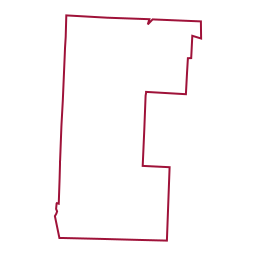 Bennington, Vermont, United States of America (Natural Earth projection)
{"feature_id": "52423323B50806890780295", "entity_name": "Bennington", "entity_type": "district", "adm_level": 2, "iso_a3": "USA", "parent_name": "United States of America", "parent_adm1": "Vermont", "projection": "natural_earth1", "projection_center": [-73.109, 43.027], "detail": "fine", "context": "isolated", "style": "outline", "palette": "rose", "viewbox_px": 256, "rotation_deg": 0, "n_neighbors": 0, "source": "geoboundaries", "source_scale": "gbopen_adm2", "svg_char_len": 659}
<svg xmlns="http://www.w3.org/2000/svg" viewBox="0 0 256 256"><path d="M138.1,239.9L166.9,240.6L167.3,229.5L168.2,205.1L169.6,167.2L142.7,165.9L144.3,129.5L145.6,95.7L146.1,92.7L146.1,91.9L185.9,94.2L187.0,73.4L187.9,58.2L191.2,58.1L192.3,35.8L201.1,38.5L200.9,21.4L186.1,20.8L152.6,19.4L147.8,24.4L149.4,19.2L107.1,17.7L66.3,15.4L65.7,37.0L65.0,48.3L65.0,48.5L64.8,53.6L62.8,100.8L62.6,104.4L61.5,124.4L61.4,126.5L60.1,160.6L60.0,161.0L60.0,161.8L60.0,164.2L59.6,178.7L58.8,202.1L58.7,203.7L56.9,203.1L56.6,203.5L56.1,208.9L57.1,211.4L56.3,213.7L54.9,216.1L59.4,238.0L62.9,238.0L101.0,238.9L138.1,239.9Z" fill="none" stroke="#9f1239" stroke-width="2"/></svg>